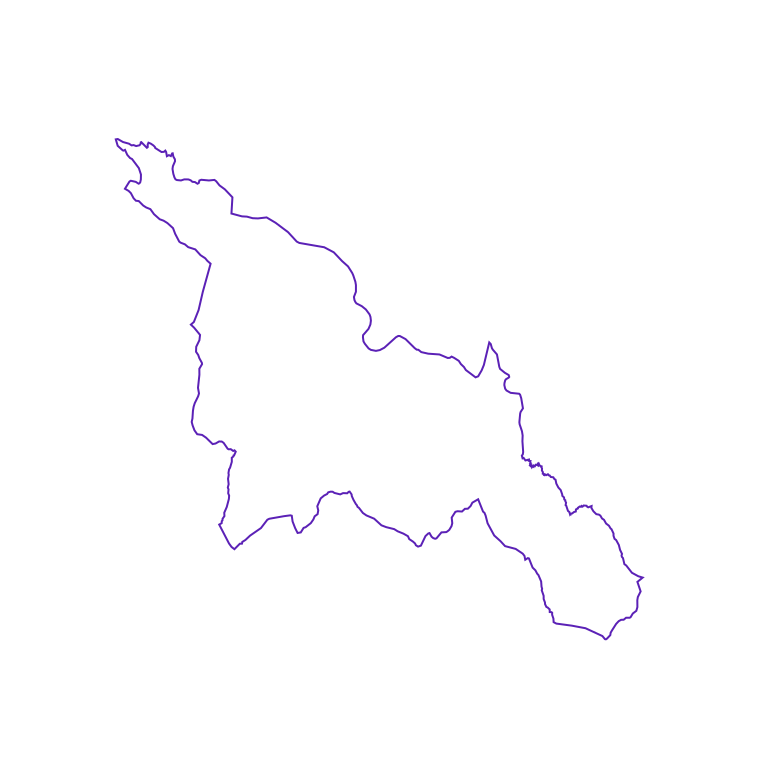 Arcabuco, Boyacá, Colombia (Equal Earth projection), rotated 347°
{"feature_id": "7082276B22585888594081", "entity_name": "Arcabuco", "entity_type": "district", "adm_level": 2, "iso_a3": "COL", "parent_name": "Colombia", "parent_adm1": "Boyacá", "projection": "equal_earth", "projection_center": [-73.422, 5.755], "detail": "fine", "context": "isolated", "style": "outline", "palette": "violet", "viewbox_px": 768, "rotation_deg": 347, "n_neighbors": 0, "source": "geoboundaries", "source_scale": "gbopen_adm2", "svg_char_len": 6147}
<svg xmlns="http://www.w3.org/2000/svg" viewBox="0 0 768 768"><g transform="rotate(347 384 384)"><path d="M495.9,367.2L485.6,387.9L482.2,392.7L477.5,397.7L474.7,398.1L466.9,388.8L465.7,385.4L463.4,381.9L462.1,378.3L458.2,374.3L456.0,372.5L454.0,373.3L452.0,373.0L444.7,367.7L433.9,364.4L427.5,361.3L425.2,358.4L423.6,357.9L422.0,356.0L415.1,345.1L410.2,340.8L408.7,340.4L406.2,341.1L392.5,348.7L387.6,350.0L383.6,349.9L378.9,347.8L377.0,345.9L374.4,340.5L373.6,337.9L374.0,333.7L374.6,331.7L381.3,326.8L384.1,323.0L385.5,319.3L385.9,315.6L385.6,313.0L383.1,307.3L379.8,303.1L375.2,299.2L374.5,297.5L374.1,295.6L374.3,292.4L377.4,287.8L378.9,281.3L379.1,278.0L378.5,271.3L378.0,268.7L375.4,261.3L370.8,254.8L364.7,244.4L356.5,237.3L333.2,227.5L331.0,225.6L324.7,214.5L314.6,202.5L307.1,195.3L298.4,194.3L293.3,192.9L288.1,190.1L283.3,188.7L273.7,183.6L278.3,168.0L272.7,158.5L268.4,153.5L266.1,148.7L264.7,147.0L259.2,146.3L251.9,143.9L249.9,144.2L248.7,146.5L247.3,146.9L245.2,144.7L242.8,143.9L241.5,142.1L239.5,140.7L235.4,139.7L232.0,140.0L228.1,138.7L226.9,137.7L226.3,135.7L226.0,131.9L226.3,126.9L227.3,124.3L230.5,119.9L230.8,118.0L229.9,114.9L230.0,111.7L229.4,111.7L227.6,114.0L225.9,112.6L223.7,113.2L223.9,108.8L223.4,107.4L221.8,108.3L219.4,107.9L214.2,102.6L214.1,101.5L213.0,99.7L210.9,97.4L208.8,95.9L207.6,97.5L207.1,100.0L206.1,100.5L201.9,93.7L201.4,93.8L200.8,95.3L199.5,96.4L196.0,96.4L193.8,94.9L191.7,94.7L189.6,92.5L184.1,89.5L179.7,85.4L177.7,85.3L178.1,92.0L182.0,97.6L182.7,98.0L184.3,97.6L185.4,103.0L187.4,106.7L189.1,108.1L193.7,118.5L194.3,125.2L193.1,130.0L191.8,132.7L190.7,133.5L189.9,133.6L187.6,131.2L183.0,129.0L181.5,129.5L175.5,135.5L178.6,138.4L180.3,141.1L181.8,146.7L183.5,149.6L186.2,150.6L189.5,155.9L192.0,158.5L195.7,161.1L198.1,166.8L202.5,173.0L206.0,175.3L209.1,178.4L213.5,184.7L214.3,190.7L216.5,199.2L217.7,200.6L221.4,203.1L224.0,206.6L230.4,210.4L234.2,217.2L238.1,221.3L239.6,224.3L242.1,227.8L228.2,253.4L220.0,270.2L212.7,280.8L209.2,282.7L211.6,286.3L215.8,294.8L214.0,299.8L209.4,305.5L208.1,310.3L209.5,313.9L209.9,317.4L211.3,322.4L211.2,323.7L207.5,327.6L206.2,333.5L201.9,345.9L201.6,351.6L200.1,354.2L195.3,360.1L193.4,363.3L191.8,367.2L189.6,374.5L188.1,377.7L188.2,381.3L188.9,386.5L190.7,390.9L195.3,392.7L198.5,396.2L203.5,404.0L206.5,404.1L210.4,402.9L213.0,403.6L214.5,405.3L217.1,411.9L218.0,412.7L220.0,413.0L222.0,415.3L223.4,415.0L224.3,416.6L222.0,419.7L221.3,419.8L221.0,420.7L219.1,421.6L218.2,425.6L215.2,430.9L213.8,432.4L212.4,435.8L212.3,437.6L210.7,441.3L210.1,446.7L208.5,449.8L208.8,451.7L207.6,455.4L208.0,457.9L207.0,461.1L203.1,468.5L199.4,473.5L198.8,476.8L196.4,479.0L195.9,480.6L195.1,481.1L194.5,483.1L191.8,483.9L197.1,504.5L198.8,508.5L201.1,511.3L207.6,507.2L209.7,507.6L210.4,506.0L213.9,504.8L219.4,501.6L231.7,496.7L239.8,490.0L241.9,489.5L256.9,490.3L263.2,490.9L264.5,491.6L264.0,497.4L265.0,504.4L266.3,509.7L269.5,509.9L273.3,506.1L275.4,505.9L281.4,503.1L284.7,500.1L286.7,497.3L290.0,495.9L291.5,492.4L291.5,488.1L296.6,481.2L300.6,479.2L303.8,478.4L305.3,477.0L307.7,476.9L309.7,477.4L311.2,479.0L316.5,481.7L319.6,481.1L323.6,482.2L325.3,481.1L326.3,481.1L327.6,484.3L327.4,485.9L328.2,490.0L329.6,494.7L330.3,496.0L330.6,497.8L331.7,499.0L334.4,504.9L337.3,508.1L344.1,513.0L349.7,521.1L354.0,524.0L361.3,527.7L364.2,530.6L369.3,534.2L373.1,537.7L373.7,540.8L376.8,544.1L378.4,546.4L378.8,548.3L380.6,550.1L383.6,549.8L390.2,541.5L393.5,539.6L394.8,539.5L396.0,543.5L397.3,545.2L399.0,546.3L400.4,546.2L406.6,541.5L411.3,542.3L412.6,541.9L414.8,540.8L417.8,537.7L419.2,535.0L419.9,529.4L424.8,524.6L427.0,524.5L431.3,525.8L434.8,523.8L437.6,524.4L440.9,522.4L443.4,519.5L449.8,517.5L451.8,530.6L452.9,532.1L453.4,535.0L453.6,543.0L457.3,556.4L462.2,563.4L465.5,569.2L475.2,574.3L481.0,580.5L482.2,583.1L482.1,587.0L485.0,586.0L486.0,586.6L487.5,596.3L489.6,599.6L490.6,603.3L491.5,604.9L492.7,611.8L491.9,616.9L492.0,619.2L491.3,620.4L491.9,626.3L491.2,629.4L491.7,633.1L491.4,634.7L492.1,637.8L493.1,638.5L494.7,640.9L494.2,643.5L495.9,644.0L496.4,644.7L495.9,646.7L496.3,650.7L495.7,654.2L498.0,656.2L512.6,661.7L525.4,667.3L540.1,678.7L541.9,682.3L542.8,682.7L543.9,682.3L548.0,679.6L548.9,677.3L550.7,675.4L556.2,670.0L559.3,667.9L562.0,667.1L564.5,667.6L567.3,666.2L570.8,667.0L571.8,666.7L574.8,663.6L578.8,661.8L580.7,658.4L582.2,651.6L583.4,648.7L587.4,643.8L586.4,633.8L592.5,630.8L588.5,628.5L583.1,623.7L579.2,615.3L577.7,613.6L577.7,607.4L576.9,605.9L576.9,604.5L577.7,603.1L576.7,598.7L576.6,593.7L575.1,588.3L573.8,586.7L573.5,583.5L574.0,581.3L573.0,576.6L572.3,575.8L571.3,572.7L569.0,569.9L567.8,565.8L566.2,564.1L565.2,560.9L564.0,559.6L561.6,558.6L559.4,555.1L558.2,551.4L558.8,549.6L555.2,550.1L554.3,549.2L554.0,548.2L551.2,547.3L549.8,548.2L549.2,548.1L549.0,547.3L547.8,547.8L547.1,547.4L545.0,548.3L544.9,548.9L542.8,549.4L542.2,551.4L540.2,551.5L538.2,552.5L536.9,552.3L536.6,552.8L536.2,552.0L535.9,552.4L535.8,550.4L534.7,549.0L534.2,543.6L533.7,542.9L534.7,540.6L534.3,539.0L534.5,538.0L533.7,537.1L533.9,535.0L532.6,533.1L532.8,531.6L532.3,527.1L530.6,524.1L529.5,519.8L529.6,515.8L528.6,514.9L528.0,513.0L525.6,512.1L524.8,510.3L523.9,510.0L523.4,508.8L521.4,509.3L520.5,508.2L519.7,508.9L519.3,508.6L519.2,507.6L518.5,507.1L519.0,505.7L518.4,503.8L519.0,501.7L518.5,500.2L519.0,499.7L517.4,498.6L517.0,496.8L516.4,497.6L516.2,496.8L515.8,497.4L515.6,496.6L514.8,497.3L513.7,496.8L512.6,498.0L511.7,497.2L511.1,498.3L509.9,497.0L510.0,497.9L509.5,498.3L509.5,496.8L508.7,497.4L508.4,497.1L508.9,496.3L508.1,495.9L508.5,495.5L508.3,494.7L509.2,494.2L508.8,492.5L509.3,492.0L508.1,491.3L508.2,490.7L507.6,491.0L507.5,490.2L504.6,490.3L503.4,487.4L502.3,487.6L502.2,484.8L503.4,483.8L504.3,481.6L506.0,470.9L507.5,465.4L507.8,461.1L507.1,453.8L507.3,451.7L510.0,443.5L510.8,442.0L513.9,439.0L514.5,428.8L514.2,425.0L513.5,423.9L505.4,421.1L501.9,417.9L501.0,415.8L501.0,412.1L501.6,410.2L502.9,407.7L503.9,406.8L507.0,405.8L507.6,405.3L507.6,404.4L507.5,403.3L504.3,400.3L500.5,395.4L500.2,393.2L500.7,380.6L497.7,374.9L497.2,373.3L497.0,369.1L495.9,367.2Z" fill="none" stroke="#5b21b6" stroke-width="2"/></g></svg>